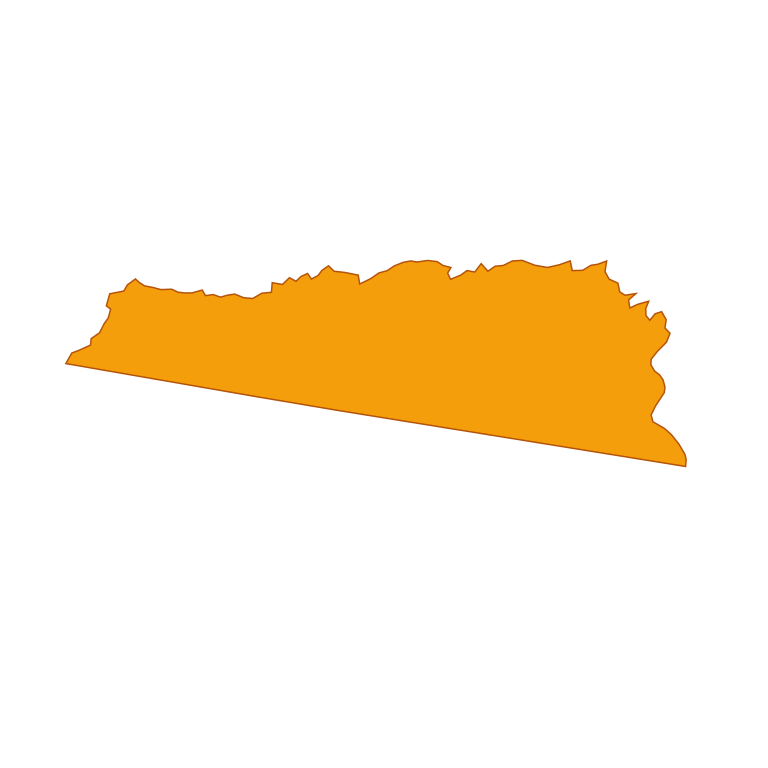 Jussara, Paraná, Brazil (Equal Earth projection), rotated 67°
{"feature_id": "56859067B52043203685138", "entity_name": "Jussara", "entity_type": "district", "adm_level": 2, "iso_a3": "BRA", "parent_name": "Brazil", "parent_adm1": "Paraná", "projection": "equal_earth", "projection_center": [-52.469, -23.656], "detail": "fine", "context": "isolated", "style": "filled", "palette": "amber", "viewbox_px": 768, "rotation_deg": 67, "n_neighbors": 0, "source": "geoboundaries", "source_scale": "gbopen_adm2", "svg_char_len": 1573}
<svg xmlns="http://www.w3.org/2000/svg" viewBox="0 0 768 768"><g transform="rotate(67 384 384)"><path d="M240.9,668.9L347.3,504.1L359.4,485.1L390.8,436.0L577.8,138.6L571.4,135.3L566.3,134.5L554.6,136.0L543.0,139.2L534.7,143.1L523.9,151.2L517.0,150.3L510.5,142.9L501.4,129.3L496.6,126.6L489.4,125.5L483.5,126.7L477.7,129.9L470.6,130.8L465.6,128.4L460.8,119.6L455.9,107.7L449.1,100.9L442.2,103.5L435.0,99.1L425.9,100.2L425.3,107.0L429.2,114.4L423.3,116.1L416.9,113.6L411.2,108.0L409.8,119.4L410.1,128.0L402.2,126.0L399.2,116.8L396.5,127.4L391.4,131.0L382.5,129.3L375.4,135.8L367.0,136.7L357.8,131.0L357.3,140.5L355.6,147.1L357.0,156.7L353.2,166.4L343.4,164.5L342.8,175.7L340.6,188.0L333.6,198.8L324.2,208.5L320.9,217.7L321.5,227.9L319.0,235.7L320.8,244.3L311.2,247.5L316.4,256.7L312.0,263.3L313.7,270.5L313.7,281.8L306.8,282.1L302.9,276.9L298.1,283.3L292.1,287.3L287.3,295.6L284.6,306.0L281.2,311.2L279.5,318.9L279.3,328.3L280.9,336.8L279.8,345.3L281.8,355.0L282.5,367.3L273.7,365.2L266.2,376.2L260.7,385.9L253.5,388.9L255.2,396.8L258.4,402.3L259.0,409.8L252.4,411.2L252.6,418.3L255.1,424.9L249.2,429.5L252.7,438.6L247.1,447.3L255.6,451.8L252.7,460.9L254.0,471.4L249.8,479.4L242.9,486.3L241.0,493.8L240.2,500.5L234.9,506.4L232.9,513.8L226.5,514.6L225.1,525.3L222.4,531.7L219.1,537.6L213.8,542.4L209.9,552.5L204.9,558.9L200.2,566.0L195.4,569.3L190.2,571.8L192.5,581.5L196.8,587.1L193.8,601.2L203.5,609.0L208.3,606.4L215.4,611.9L219.1,618.0L225.7,625.8L227.8,635.8L233.5,638.9L233.8,651.8L233.5,659.3L240.9,668.9Z" fill="#f59e0b" stroke="#b45309" stroke-width="1.5"/></g></svg>